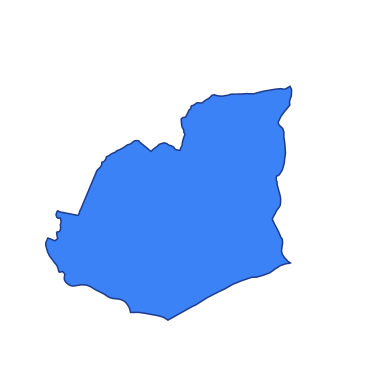 Cho-Airong, Narathiwat, Thailand, rotated 202°
{"feature_id": "78962969B3053888418312", "entity_name": "Cho-Airong", "entity_type": "district", "adm_level": 2, "iso_a3": "THA", "parent_name": "Thailand", "parent_adm1": "Narathiwat", "projection": "orthographic", "projection_center": [101.876, 6.214], "detail": "fine", "context": "isolated", "style": "filled", "palette": "blue", "viewbox_px": 384, "rotation_deg": 202, "n_neighbors": 0, "source": "geoboundaries", "source_scale": "gbopen_adm2", "svg_char_len": 4998}
<svg xmlns="http://www.w3.org/2000/svg" viewBox="0 0 384 384"><g transform="rotate(202 192 192)"><path d="M140.7,326.7L144.0,322.5L145.4,321.7L145.5,321.7L148.4,321.1L150.5,320.0L153.8,318.2L155.1,317.4L163.1,312.5L168.5,308.6L171.6,306.1L178.2,303.7L180.4,302.6L183.0,301.3L185.1,300.5L187.2,299.5L189.9,298.4L192.7,297.2L194.4,295.5L197.2,293.9L199.1,292.6L202.0,291.4L205.0,290.7L207.7,290.6L209.8,289.1L210.8,286.2L212.1,284.3L213.6,282.5L214.9,280.4L216.0,278.4L218.1,277.5L220.7,276.7L222.0,274.7L223.3,272.9L224.7,271.6L225.0,271.3L224.3,269.0L225.5,266.8L225.6,264.2L225.7,261.8L226.0,259.0L228.1,257.8L229.4,255.7L228.2,253.1L226.9,250.7L225.4,248.4L223.0,246.5L221.9,244.3L220.1,242.7L220.1,240.2L219.9,237.5L219.4,234.0L218.6,231.1L219.0,228.5L218.6,226.1L221.2,225.5L223.6,225.3L225.9,226.8L228.8,227.1L231.3,226.8L233.7,227.5L236.4,227.1L238.2,225.6L240.2,224.0L241.3,221.5L242.9,218.8L244.2,216.7L245.0,214.4L247.5,214.9L250.1,215.9L253.0,216.8L255.6,217.6L258.5,218.4L260.7,219.5L261.4,219.3L263.3,218.7L265.0,217.3L266.1,215.0L267.4,213.1L269.4,211.7L270.8,209.6L272.1,207.6L273.6,205.7L275.1,203.9L277.0,202.4L278.0,200.3L279.9,198.4L281.6,196.4L282.7,194.4L284.5,192.8L284.3,189.9L284.9,187.6L286.7,185.7L286.0,183.4L286.2,180.8L287.3,178.6L288.2,176.2L288.7,133.9L288.9,133.6L288.8,131.6L288.6,129.3L289.1,127.5L291.3,127.1L307.5,124.0L309.3,124.4L309.5,124.1L309.7,123.8L309.7,123.6L309.8,123.2L309.7,122.5L309.7,121.4L309.7,120.6L309.6,120.4L309.6,120.2L309.4,119.8L309.2,119.4L308.5,118.7L308.3,118.3L308.1,118.1L307.9,118.0L307.7,117.9L307.2,117.7L306.7,117.6L306.3,117.5L306.2,117.6L305.9,117.7L305.8,117.8L305.6,117.9L305.3,118.1L304.8,118.5L304.7,118.6L304.4,118.6L304.2,118.5L304.1,118.4L303.8,117.8L303.6,117.5L303.5,117.3L303.3,117.0L303.0,116.5L302.5,115.7L302.2,115.1L302.1,114.7L302.0,114.4L301.9,114.2L301.9,113.5L301.9,113.2L301.9,112.9L301.8,112.7L301.8,112.4L301.7,112.2L301.3,111.5L300.9,110.7L300.6,110.1L300.5,109.7L300.2,109.1L300.1,108.8L300.1,108.6L300.0,108.4L300.0,108.2L300.0,107.5L300.0,106.8L300.0,106.3L300.0,106.1L300.1,105.9L300.2,105.7L300.4,105.5L300.7,105.2L300.8,105.1L301.9,104.6L302.1,104.5L302.2,104.4L302.2,104.2L302.3,103.9L302.3,103.7L302.2,103.5L302.2,103.4L301.8,102.8L301.1,101.5L300.6,100.6L300.5,100.4L300.4,100.3L299.9,99.6L299.6,99.3L299.4,99.0L299.3,98.9L299.3,98.7L299.2,98.6L299.2,98.3L299.2,98.1L299.3,98.0L299.4,97.8L299.5,97.7L299.9,97.1L300.1,96.7L300.4,96.0L300.6,95.8L300.6,95.7L300.8,95.6L301.0,95.5L301.1,95.4L301.5,95.4L303.2,95.4L303.9,95.4L304.9,95.5L306.8,95.4L308.4,95.3L308.5,92.3L308.6,91.0L308.5,90.7L308.5,90.3L308.4,89.7L308.0,88.5L307.7,87.9L307.2,87.3L306.8,86.7L305.8,85.4L304.5,83.7L303.9,82.9L302.8,81.7L301.2,80.3L300.1,79.3L299.8,79.1L297.5,77.7L297.0,77.4L295.5,76.6L294.3,75.8L293.9,75.5L293.2,75.1L292.7,74.8L291.9,74.4L290.7,73.8L290.1,73.5L290.0,73.4L289.9,73.3L289.6,73.0L288.7,72.2L287.6,70.9L287.5,70.7L287.4,70.6L287.1,70.3L286.4,69.3L285.8,68.4L285.6,68.2L285.4,68.1L285.2,68.0L284.7,68.1L284.4,68.2L284.1,68.4L283.3,69.0L282.9,69.4L282.7,69.5L282.4,69.5L282.1,69.6L281.9,69.5L281.7,69.5L281.4,69.4L281.1,69.3L280.8,69.1L280.6,69.0L280.4,68.9L280.0,68.7L279.8,68.6L279.4,68.3L279.2,68.1L279.0,67.9L278.9,67.8L278.9,67.4L278.8,66.9L278.6,65.7L278.4,65.0L278.4,64.9L278.3,64.6L278.0,63.7L277.8,63.4L277.7,63.3L277.2,62.6L276.4,61.9L276.2,61.7L275.7,61.4L275.4,61.2L275.2,61.1L274.1,60.6L273.8,60.5L273.5,60.4L272.0,60.0L271.5,59.9L270.9,59.9L270.7,59.8L270.1,59.8L268.8,59.8L268.7,59.8L268.1,60.0L267.7,60.1L266.9,60.3L266.7,60.4L266.5,60.5L266.4,60.6L266.1,60.8L264.6,61.6L262.9,62.7L260.8,63.9L260.0,64.4L259.0,64.8L258.0,65.2L257.6,65.3L256.5,65.7L255.8,65.9L255.5,66.0L255.4,66.0L254.8,66.1L253.9,66.2L253.5,66.2L252.7,66.2L251.8,66.2L249.8,66.1L248.7,65.9L246.3,65.5L244.6,65.2L240.6,64.9L236.1,64.6L232.7,63.9L231.3,63.6L230.6,63.5L229.5,63.4L229.3,63.3L228.5,63.3L226.7,63.5L226.3,63.5L225.9,63.6L223.6,64.2L223.1,64.3L221.2,64.9L220.1,65.2L218.1,65.6L217.7,65.6L217.1,65.6L216.4,65.6L213.8,65.4L211.5,64.5L208.4,62.5L206.4,60.8L203.9,57.3L199.2,59.2L196.7,60.3L196.0,60.5L190.4,61.9L183.3,63.3L178.3,64.4L173.5,65.0L171.2,65.1L166.3,64.2L148.4,86.5L146.6,88.2L138.2,99.9L129.6,109.8L125.3,114.4L119.6,121.7L112.3,128.7L104.7,135.3L100.1,137.3L94.2,142.0L89.6,146.2L85.8,152.2L82.2,157.2L79.9,159.1L77.5,161.0L74.8,162.5L74.2,163.1L77.3,163.7L81.4,165.7L85.0,168.1L87.0,171.1L89.0,179.0L90.5,182.0L92.8,183.5L96.9,187.6L102.7,192.5L105.8,195.4L107.4,197.0L107.4,198.7L106.8,203.6L106.5,206.9L105.6,209.9L105.2,212.3L105.7,214.7L107.3,219.0L109.0,221.8L112.4,226.2L115.8,230.7L116.9,233.2L117.9,234.1L118.7,235.1L119.0,236.3L119.4,237.2L119.5,238.5L118.9,239.0L118.5,239.3L117.5,240.7L116.5,246.1L117.3,253.4L118.8,258.6L119.9,263.1L124.2,271.9L127.5,277.6L129.2,281.9L131.7,284.9L136.5,286.8L138.2,288.8L137.9,295.3L136.1,302.1L134.7,306.4L133.9,309.3L135.3,312.0L135.8,314.8L135.9,318.2L136.5,320.1L138.0,324.2L140.7,326.7Z" fill="#3b82f6" stroke="#1e3a8a" stroke-width="1.5"/></g></svg>